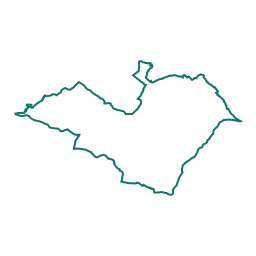 outline of Cata, Brasov, Romania
{"feature_id": "2599482B43021810170030", "entity_name": "Cata", "entity_type": "district", "adm_level": 2, "iso_a3": "ROU", "parent_name": "Romania", "parent_adm1": "Brasov", "projection": "robinson", "projection_center": [25.249, 46.128], "detail": "fine", "context": "isolated", "style": "outline", "palette": "teal", "viewbox_px": 256, "rotation_deg": 0, "n_neighbors": 0, "source": "geoboundaries", "source_scale": "gbopen_adm2", "svg_char_len": 5713}
<svg xmlns="http://www.w3.org/2000/svg" viewBox="0 0 256 256"><path d="M121.4,181.6L122.6,181.8L123.2,182.1L125.4,182.5L126.1,182.5L127.3,182.9L128.9,183.2L135.1,183.4L136.7,183.1L137.2,182.5L138.1,183.0L139.3,183.3L142.3,185.8L142.7,185.9L143.5,184.8L145.4,185.8L147.0,187.0L149.1,187.4L149.3,188.0L150.4,187.9L150.7,188.4L151.4,188.5L151.5,188.9L152.7,188.9L153.1,188.7L153.9,189.7L153.8,190.4L154.0,190.9L154.3,192.4L155.8,192.6L159.0,192.4L160.9,192.1L162.7,192.2L164.6,192.8L166.6,193.0L167.6,193.9L168.4,194.1L169.6,194.7L171.4,194.7L171.8,194.6L172.6,194.1L173.1,192.6L172.9,190.1L173.1,189.4L176.7,185.1L177.4,182.6L178.6,179.6L178.8,178.4L180.0,176.4L181.0,174.5L182.3,172.9L182.6,172.2L181.9,170.9L182.1,168.3L182.3,167.9L182.5,166.2L182.8,165.3L184.0,164.3L185.6,162.6L189.3,160.2L192.5,157.6L193.1,157.6L194.5,157.0L195.9,155.0L196.5,153.5L197.0,152.7L198.4,149.0L200.0,147.8L202.1,147.4L202.5,145.9L203.1,144.8L203.6,144.3L205.5,143.5L206.8,142.6L207.5,140.3L209.3,138.8L210.1,137.2L211.7,135.4L211.9,134.9L212.9,134.2L213.4,132.9L213.5,130.4L215.7,128.1L217.2,126.8L219.8,122.3L221.4,121.6L223.3,120.3L223.8,119.8L225.0,120.0L228.6,119.5L233.8,120.1L239.9,121.4L240.6,121.2L238.9,120.3L235.2,117.9L233.2,115.5L230.7,113.3L228.8,109.9L228.5,109.2L228.1,108.8L227.0,108.9L226.7,108.2L226.7,107.8L226.5,107.3L226.6,106.8L225.4,104.2L225.3,103.0L225.0,102.6L224.5,102.4L224.1,102.0L224.0,101.3L224.0,100.7L223.8,100.6L223.5,100.1L223.1,99.9L222.9,99.6L222.9,99.3L222.0,98.7L221.7,98.2L221.1,97.6L218.4,95.7L218.8,95.6L216.9,93.7L217.0,93.6L216.1,92.8L218.0,91.7L217.4,90.7L216.3,89.4L215.3,87.8L215.1,87.9L214.6,87.2L214.1,87.4L211.2,84.9L209.3,84.1L207.8,82.4L207.4,82.5L207.1,82.2L206.8,81.3L206.2,80.7L205.1,78.9L203.5,76.8L203.9,75.5L203.5,75.2L201.7,74.8L200.8,74.4L199.0,75.1L197.5,76.5L196.3,78.2L194.7,77.9L194.2,78.1L194.1,78.8L192.1,79.9L191.2,79.1L190.1,77.8L189.3,77.3L189.3,76.9L188.8,76.6L187.7,76.9L187.5,77.1L187.5,77.3L187.2,77.6L184.9,75.3L184.6,75.6L184.2,75.3L183.5,75.2L182.9,77.5L181.3,76.5L179.3,76.6L174.9,75.2L173.3,75.3L171.3,75.9L170.3,75.9L169.7,75.6L167.9,76.5L165.5,77.2L163.3,78.1L162.3,78.8L161.6,78.8L158.7,79.5L156.5,80.7L155.7,80.7L153.6,82.3L153.0,82.4L151.9,82.3L151.4,82.4L151.1,82.0L151.0,81.0L149.9,81.6L149.3,80.9L148.6,80.4L146.0,77.8L145.8,77.3L146.0,76.5L146.4,75.9L146.7,75.7L146.7,75.4L147.1,74.5L147.2,73.8L147.0,73.5L147.1,72.9L147.3,72.2L148.0,71.6L148.2,71.1L148.2,70.5L148.7,70.4L149.4,69.3L149.7,68.6L150.5,68.3L151.1,67.8L151.7,67.7L152.0,66.9L151.7,67.0L151.6,66.6L152.0,66.2L151.8,66.1L151.9,65.7L151.6,65.3L151.8,65.2L152.0,65.4L152.0,65.1L151.8,64.9L152.1,64.9L151.4,64.6L151.2,64.7L151.3,64.5L151.0,64.5L151.2,64.3L150.7,64.0L150.6,63.7L150.2,63.8L150.3,63.2L149.8,63.4L149.2,63.1L147.8,63.4L147.5,63.1L145.5,63.1L144.6,62.5L142.9,62.3L141.8,61.3L139.2,61.3L139.0,62.8L139.1,63.0L139.2,66.2L138.9,69.0L138.9,70.6L137.9,71.6L133.0,75.4L136.2,77.8L137.9,79.3L139.9,80.6L140.5,81.4L143.4,83.1L143.9,84.2L144.6,84.6L145.8,84.8L145.1,85.8L144.3,87.6L143.4,88.8L143.2,89.8L143.3,90.8L142.2,92.3L142.3,92.6L141.8,93.0L141.7,93.6L140.8,95.0L140.5,96.0L139.1,97.3L137.8,98.9L139.2,99.3L140.7,100.2L141.1,101.5L140.9,103.7L139.9,105.3L139.5,105.6L139.2,106.5L137.0,109.6L135.0,111.3L133.6,112.8L132.3,113.9L131.4,114.0L126.4,114.0L125.8,114.1L125.2,113.0L124.2,111.8L123.6,111.4L118.8,110.1L117.1,110.0L116.1,109.2L115.6,109.2L113.5,108.4L113.0,107.9L112.3,106.7L112.0,105.9L111.4,105.4L110.9,105.1L110.6,104.7L110.5,104.4L110.7,103.7L110.2,103.5L110.0,103.2L108.9,103.1L106.2,103.5L104.4,103.4L104.6,102.3L104.3,100.9L102.8,99.2L101.4,98.5L100.6,98.5L100.4,98.2L100.2,98.3L99.9,97.8L99.1,97.3L98.6,96.6L93.1,93.3L91.8,92.3L91.4,92.0L91.3,91.4L90.7,90.8L89.5,90.1L88.2,89.7L87.0,89.0L85.3,87.1L84.4,85.8L83.0,84.7L79.8,82.6L78.7,82.2L75.1,85.5L73.6,87.5L71.4,88.7L70.6,89.5L69.6,89.7L68.2,89.5L65.3,88.1L64.2,88.4L61.7,89.9L60.9,92.3L58.3,93.9L57.4,94.7L56.3,95.3L55.7,94.6L53.9,94.2L52.2,94.5L49.9,95.8L47.8,95.9L46.6,96.3L45.9,96.2L44.7,95.5L44.5,96.1L44.5,96.3L44.2,96.5L44.3,96.7L44.2,96.9L43.9,96.9L43.7,97.2L43.8,97.3L43.7,97.6L43.3,97.6L43.0,98.5L42.7,98.8L42.8,99.1L42.5,99.2L42.5,99.4L42.4,99.4L42.4,99.7L42.0,100.0L42.2,100.4L41.9,100.7L40.8,101.1L39.3,102.2L37.1,103.4L35.7,104.7L33.6,106.3L32.8,107.2L32.7,107.7L31.9,107.6L30.0,106.9L30.7,106.1L31.3,104.8L28.8,104.5L26.9,104.7L26.8,105.2L27.0,105.7L27.4,106.0L27.8,106.5L28.4,106.7L28.3,107.0L27.7,108.4L26.3,108.6L25.8,109.0L25.5,109.8L26.3,110.1L26.5,110.5L26.4,111.0L25.9,111.4L24.9,111.2L24.2,113.0L22.1,112.7L20.9,113.0L18.3,112.9L17.4,113.3L15.4,113.6L15.7,114.3L17.1,114.6L19.0,115.5L22.5,116.1L25.0,115.5L26.9,115.3L27.6,115.5L29.1,116.2L29.6,117.0L31.2,118.4L32.7,119.4L34.9,120.4L37.7,120.9L40.3,121.6L43.1,122.7L45.3,123.9L46.8,124.3L47.8,125.0L49.0,126.2L49.5,127.3L49.9,127.5L52.0,128.0L58.2,128.7L59.4,129.6L60.6,131.3L62.2,131.1L63.1,131.1L64.6,130.2L67.8,129.4L68.0,129.8L69.2,130.7L69.4,131.2L71.7,132.6L73.8,134.1L76.4,134.9L78.3,134.9L79.0,134.6L79.5,134.7L79.1,135.8L78.0,136.7L77.7,137.9L76.4,139.5L75.3,141.4L75.0,143.8L73.9,148.2L73.9,149.0L74.7,149.0L75.3,148.6L80.3,148.7L81.9,148.9L83.2,149.5L84.2,149.4L86.0,149.9L91.2,152.3L91.8,153.2L93.0,154.2L94.0,155.7L95.5,157.0L96.4,157.3L97.3,157.4L99.9,155.8L102.1,155.2L102.6,154.9L103.8,154.8L105.6,155.6L106.4,156.5L106.7,157.1L107.7,157.8L107.7,158.1L108.3,158.4L108.4,158.7L109.0,158.6L109.7,159.0L111.7,159.3L112.0,159.6L113.4,160.2L114.0,160.8L114.1,161.2L114.0,161.7L114.2,162.6L114.0,162.8L114.1,163.4L115.4,165.5L115.5,165.9L116.1,166.8L118.1,168.7L119.6,169.2L119.8,169.9L119.8,170.8L120.5,170.9L122.4,172.0L123.0,174.3L122.4,175.8L122.1,179.4L121.4,181.6Z" fill="none" stroke="#0f766e" stroke-width="2"/></svg>